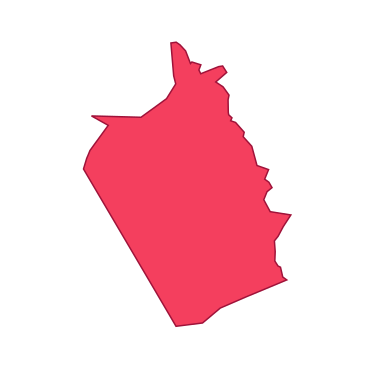 outline of Santa María Totolapilla, Oaxaca, Mexico, rotated 26°
{"feature_id": "50627088B43192699457410", "entity_name": "Santa María Totolapilla", "entity_type": "district", "adm_level": 2, "iso_a3": "MEX", "parent_name": "Mexico", "parent_adm1": "Oaxaca", "projection": "robinson", "projection_center": [-95.615, 16.626], "detail": "fine", "context": "isolated", "style": "filled", "palette": "rose", "viewbox_px": 384, "rotation_deg": 26, "n_neighbors": 0, "source": "geoboundaries", "source_scale": "gbopen_adm2", "svg_char_len": 888}
<svg xmlns="http://www.w3.org/2000/svg" viewBox="0 0 384 384"><g transform="rotate(26 192 192)"><path d="M107.7,67.3L124.6,95.6L130.0,102.0L128.2,119.3L113.4,147.2L68.3,167.7L87.5,168.8L84.2,187.5L83.5,191.3L82.1,199.5L82.4,203.7L82.6,207.9L84.4,218.9L179.1,281.6L190.9,289.4L224.2,311.5L236.5,319.7L258.9,305.1L268.3,283.9L286.1,263.1L315.7,229.5L310.8,228.6L304.5,220.8L301.7,220.8L296.7,217.7L292.9,209.1L287.5,199.8L288.8,194.0L289.2,183.0L290.9,169.3L270.9,175.4L259.9,167.5L259.3,158.9L262.0,153.0L256.8,149.5L251.7,148.6L251.0,138.3L238.8,139.7L225.7,124.7L213.8,119.9L212.7,115.4L200.7,110.4L195.5,111.0L195.4,107.8L191.1,106.5L189.7,104.5L184.0,93.3L182.8,88.7L173.9,83.9L165.1,82.7L170.8,69.3L164.3,65.3L161.0,67.6L148.0,81.9L144.7,79.3L144.2,73.8L134.9,75.2L134.3,77.2L124.4,68.0L116.7,65.0L112.1,64.3L107.7,67.3Z" fill="#f43f5e" stroke="#9f1239" stroke-width="1.5"/></g></svg>